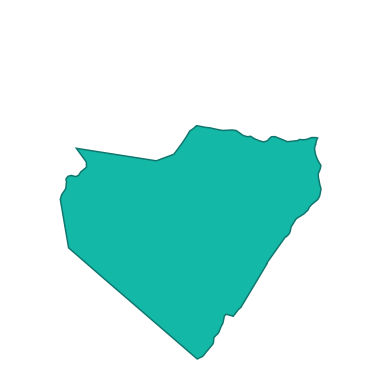 outline of Barre De L'Isle, Castries, Saint Lucia, rotated 311°
{"feature_id": "8701671B51325698675387", "entity_name": "Barre De L'Isle", "entity_type": "district", "adm_level": 2, "iso_a3": "LCA", "parent_name": "Saint Lucia", "parent_adm1": "Castries", "projection": "equal_earth", "projection_center": [-60.956, 13.925], "detail": "fine", "context": "isolated", "style": "filled", "palette": "teal", "viewbox_px": 384, "rotation_deg": 311, "n_neighbors": 0, "source": "geoboundaries", "source_scale": "gbopen_adm2", "svg_char_len": 5530}
<svg xmlns="http://www.w3.org/2000/svg" viewBox="0 0 384 384"><g transform="rotate(311 192 192)"><path d="M149.1,76.1L145.6,91.3L145.4,92.5L143.4,94.3L141.5,96.1L134.4,94.9L130.2,95.4L128.0,94.5L127.4,94.2L127.0,93.5L125.3,90.0L122.5,88.1L119.2,88.3L118.3,89.3L117.2,90.7L111.8,94.5L111.6,94.5L108.8,94.9L104.4,95.4L100.0,97.5L68.9,135.5L68.9,178.0L68.9,182.3L69.1,221.8L69.3,279.0L69.4,305.5L75.0,307.9L75.3,307.9L75.6,307.9L76.1,307.9L76.7,307.9L77.6,307.9L79.5,307.7L80.5,307.7L82.3,307.7L84.6,307.6L87.0,307.6L87.9,307.6L88.7,307.6L89.8,307.5L90.5,307.5L91.9,307.2L92.6,306.8L92.9,306.6L93.5,306.2L94.3,305.6L95.5,304.7L95.9,304.4L96.2,304.2L96.5,304.1L98.2,304.1L98.7,304.1L100.1,304.2L101.3,304.4L101.7,304.4L102.2,304.4L103.2,304.3L103.6,304.3L105.6,303.6L105.8,303.5L106.8,303.2L107.8,302.8L108.5,302.6L109.4,302.3L110.4,302.0L112.0,301.7L113.1,301.4L113.8,301.0L114.2,300.8L115.1,300.4L115.7,300.0L116.4,299.6L117.5,299.0L117.8,298.9L118.4,298.4L118.7,298.2L119.3,297.9L120.4,297.9L122.1,298.0L122.6,298.8L123.3,300.3L123.5,300.7L123.9,301.6L124.1,301.8L124.1,302.1L124.3,302.5L124.7,303.2L124.9,303.7L125.0,304.2L125.3,304.6L125.5,304.6L126.0,304.6L126.6,304.5L127.2,304.5L127.6,304.5L127.9,304.5L128.3,304.5L128.5,304.5L128.8,304.4L129.2,304.4L129.4,304.4L129.6,304.4L130.1,304.4L131.1,304.3L133.2,304.1L135.7,304.4L136.8,304.6L187.4,295.6L187.4,295.1L187.6,295.1L188.3,295.0L218.5,292.0L219.4,291.9L219.7,292.1L220.0,292.4L220.3,292.5L220.5,292.5L221.0,292.6L221.3,292.6L221.6,292.7L221.8,292.7L222.1,292.7L222.4,292.7L223.1,292.7L223.3,292.7L223.6,292.7L223.8,292.7L224.0,292.7L224.6,292.6L224.9,292.6L225.2,292.5L225.5,292.4L226.0,292.2L226.4,292.0L226.9,291.8L227.1,291.7L227.3,291.6L227.5,291.5L228.2,291.1L228.7,290.8L229.3,290.5L229.5,290.4L230.2,290.0L230.7,289.7L231.1,289.7L231.4,289.5L231.9,289.4L232.4,289.4L232.6,289.4L232.9,289.3L233.2,289.2L233.5,289.2L233.9,289.2L234.3,289.2L234.6,289.1L235.1,289.1L235.3,289.0L235.6,288.9L235.9,288.8L236.5,288.7L236.8,288.7L237.0,288.7L237.7,288.6L238.2,288.5L238.5,288.5L238.7,288.4L238.9,288.3L239.2,288.4L239.6,288.3L240.1,288.3L240.4,288.3L240.7,288.3L240.9,288.4L241.1,288.5L241.4,288.5L241.7,288.6L242.1,288.7L242.3,288.8L242.8,289.0L243.2,289.1L243.5,289.1L244.1,289.3L244.3,289.4L244.5,289.4L244.8,289.6L245.3,289.8L245.5,289.8L245.8,289.9L246.5,290.1L246.8,290.2L247.1,290.3L247.5,290.4L247.9,290.5L248.1,290.6L248.4,290.7L248.6,290.7L248.9,290.8L249.1,290.8L249.5,290.8L250.0,291.0L250.4,291.0L250.6,291.0L251.0,291.0L251.5,291.1L252.0,291.1L252.3,291.1L252.5,291.1L253.0,291.2L253.7,291.3L254.0,291.3L254.3,291.3L254.5,291.3L254.8,291.2L255.0,291.2L255.9,290.9L256.1,290.9L256.6,290.8L257.0,290.7L257.6,290.5L257.9,290.5L258.1,290.5L258.5,290.5L258.8,290.5L259.1,290.5L259.3,290.5L259.7,290.5L260.1,290.5L260.4,290.5L260.7,290.5L261.1,290.5L261.4,290.6L261.7,290.6L261.9,290.7L262.2,290.8L262.4,290.8L262.6,290.8L262.8,290.8L263.2,291.0L263.5,291.0L264.0,291.0L264.6,291.1L264.8,291.1L265.0,291.2L265.3,291.3L265.6,291.3L265.9,291.4L266.3,291.5L266.7,291.5L267.3,291.6L267.6,291.7L267.8,291.7L268.2,291.7L268.5,291.7L268.9,291.7L269.1,291.7L269.4,291.7L269.7,291.7L270.1,291.6L270.4,291.5L270.7,291.5L270.9,291.4L271.2,291.4L271.5,291.3L271.7,291.2L272.0,291.2L272.7,290.9L272.9,290.8L273.5,290.5L273.7,290.4L274.3,290.1L274.5,289.9L274.8,289.8L275.1,289.6L275.4,289.5L276.0,289.1L276.3,289.0L276.5,288.8L277.0,288.5L277.2,288.4L277.7,288.2L278.1,287.9L278.3,287.7L278.5,287.6L278.9,287.2L279.2,287.1L279.4,286.7L279.6,286.4L280.0,285.9L280.2,285.6L280.4,285.3L280.6,284.9L280.8,284.5L281.0,284.2L281.6,283.4L281.8,283.2L282.1,282.8L282.5,282.2L282.8,281.9L282.9,281.7L283.2,281.3L283.7,280.8L284.2,280.0L284.4,279.8L284.8,279.3L285.3,278.6L285.5,278.4L285.6,278.2L285.8,278.0L286.2,277.6L286.4,277.4L286.7,277.1L287.0,276.8L287.2,276.6L287.5,276.3L287.9,276.0L288.2,275.7L288.4,275.5L288.7,275.3L289.1,275.1L289.3,274.9L289.6,274.9L289.9,274.9L290.3,274.7L290.6,274.6L290.9,274.6L291.3,274.4L291.7,274.3L292.0,274.2L292.5,274.0L292.8,273.9L293.2,273.7L293.7,273.5L294.2,273.3L294.5,273.1L294.9,272.9L295.2,272.7L295.7,272.4L296.0,272.1L296.3,272.0L296.6,271.8L296.7,271.5L296.9,271.2L296.9,270.9L297.0,270.5L297.2,270.1L297.2,269.6L297.4,269.3L297.5,269.0L297.6,268.6L297.7,268.2L297.9,267.8L298.0,267.5L298.1,267.3L298.2,267.0L298.3,266.7L298.5,266.3L298.6,266.0L298.7,265.7L298.9,265.3L299.1,264.9L299.2,264.6L299.3,264.4L299.4,264.2L299.7,263.7L299.9,263.3L300.0,263.0L300.3,262.5L300.5,262.2L300.7,261.8L300.9,261.4L301.1,261.1L301.5,260.6L301.7,260.3L301.8,260.1L302.2,259.6L302.7,258.9L302.9,258.7L303.4,258.0L303.7,257.6L304.2,257.1L304.4,256.9L304.6,256.7L304.8,256.5L305.0,256.3L305.1,256.2L305.4,255.9L305.6,255.8L305.9,255.5L306.3,255.3L306.5,255.2L306.9,255.0L307.4,254.7L307.7,254.6L307.9,254.5L308.2,254.4L308.4,254.3L309.0,254.3L309.3,254.0L309.5,253.8L309.8,253.6L310.4,253.3L310.7,253.1L311.2,252.8L311.6,252.6L312.0,252.5L312.7,252.2L313.3,251.9L313.6,251.8L313.9,251.7L314.1,251.6L314.3,251.6L315.1,251.5L314.6,250.1L311.5,246.5L306.8,243.9L304.5,241.8L302.2,238.7L300.3,238.1L296.8,235.0L292.5,230.9L290.6,225.1L288.3,218.4L286.0,215.8L283.3,215.3L280.2,215.3L276.7,213.2L274.8,209.0L273.2,204.4L272.5,199.7L270.1,197.6L268.2,193.5L267.8,188.8L267.4,185.1L265.1,181.5L262.0,178.4L258.5,174.7L255.5,169.6L252.4,163.8L249.3,159.2L246.6,154.5L245.0,151.9L240.8,151.4L236.5,150.3L230.7,151.4L223.4,152.4L217.2,152.9L211.0,153.4L208.3,153.4L192.1,144.6L165.8,102.7L149.1,76.1Z" fill="#14b8a6" stroke="#0f766e" stroke-width="1.5"/></g></svg>